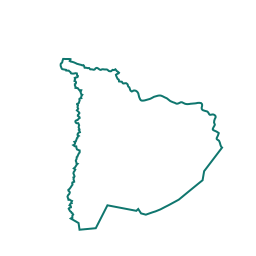 Dom Inocêncio, Piauí, Brazil, rotated 249°
{"feature_id": "56859067B88808375837925", "entity_name": "Dom Inocêncio", "entity_type": "district", "adm_level": 2, "iso_a3": "BRA", "parent_name": "Brazil", "parent_adm1": "Piauí", "projection": "robinson", "projection_center": [-41.762, -8.923], "detail": "fine", "context": "isolated", "style": "outline", "palette": "teal", "viewbox_px": 256, "rotation_deg": 249, "n_neighbors": 0, "source": "geoboundaries", "source_scale": "gbopen_adm2", "svg_char_len": 4374}
<svg xmlns="http://www.w3.org/2000/svg" viewBox="0 0 256 256"><g transform="rotate(249 128 128)"><path d="M64.0,42.1L57.0,47.8L50.4,46.3L46.0,62.0L53.1,69.9L63.2,81.1L47.7,106.1L48.7,108.5L43.6,109.6L40.7,113.6L40.5,120.6L40.3,123.8L40.4,129.1L41.0,134.3L41.4,138.3L42.9,149.7L47.2,162.6L51.3,175.1L52.5,178.9L60.4,183.6L64.3,189.9L76.0,208.8L76.8,208.4L78.3,208.2L79.6,208.3L81.5,208.5L83.5,208.4L85.7,206.9L86.7,207.1L87.2,207.6L88.8,209.3L90.7,210.9L91.4,210.5L93.0,209.3L95.2,207.1L95.8,206.7L96.6,206.7L97.8,207.8L99.5,209.9L100.1,210.3L101.6,210.3L102.3,210.3L104.0,211.2L105.7,212.6L106.1,213.2L106.7,213.7L107.3,213.9L108.1,213.9L109.0,213.5L109.9,212.7L110.3,212.0L110.7,210.1L110.9,209.3L111.6,208.8L114.0,208.4L115.1,207.8L116.4,206.0L117.7,204.4L118.2,204.0L119.4,203.7L120.5,204.0L121.5,204.7L122.1,205.1L123.0,205.5L124.0,205.6L125.1,205.1L125.9,203.7L126.5,201.9L126.7,200.4L127.1,198.9L128.2,195.1L128.5,193.6L128.9,192.3L129.4,191.1L130.3,189.8L132.7,187.6L133.1,186.5L132.9,183.8L133.1,182.4L133.7,181.6L135.0,180.4L135.6,179.6L137.3,177.8L138.2,177.0L141.3,175.2L141.9,174.8L143.4,173.3L145.2,171.7L146.4,170.4L146.9,169.5L147.4,167.8L147.8,163.5L147.4,160.4L147.3,158.7L147.4,157.8L147.8,153.4L148.2,151.7L148.7,150.6L149.4,149.9L150.6,149.6L152.9,149.5L156.7,150.0L157.7,149.8L158.5,149.6L159.3,149.1L160.0,148.6L160.7,147.5L161.0,146.4L160.7,145.5L160.8,144.5L161.9,143.8L162.6,143.7L165.4,143.8L166.7,143.1L167.7,143.1L168.7,143.3L169.5,143.0L170.5,142.3L170.9,141.1L171.1,139.9L171.6,139.2L173.4,138.8L174.7,136.3L176.5,136.7L177.6,135.9L180.2,135.7L181.1,135.7L182.0,135.8L182.2,136.5L182.4,137.5L182.4,138.8L182.8,139.4L184.0,138.8L185.3,137.9L187.3,137.3L187.2,136.5L187.1,135.6L187.8,134.5L187.1,132.6L187.3,131.7L188.0,130.6L189.1,130.0L189.7,129.7L190.2,129.2L191.0,127.2L191.9,125.5L192.1,124.6L192.0,123.7L192.2,123.0L193.1,122.2L194.5,121.3L195.3,120.5L195.4,119.7L195.2,118.9L194.6,117.9L194.6,117.0L195.8,115.1L196.3,113.8L197.9,113.2L198.4,111.7L199.1,110.8L199.8,109.1L201.6,109.2L202.2,109.1L202.8,108.7L202.8,107.8L203.8,106.8L204.3,106.0L204.8,105.3L205.5,104.4L206.1,103.5L207.6,102.1L208.6,101.1L209.4,100.1L210.7,98.2L211.5,97.6L212.4,98.8L212.9,99.0L213.5,97.8L215.7,92.2L214.0,90.8L213.1,90.3L212.5,89.5L212.2,88.4L211.6,88.0L211.0,87.7L210.1,87.4L207.6,87.4L206.9,87.5L206.4,87.9L205.1,90.0L204.5,91.0L203.8,90.9L202.8,93.2L201.9,93.6L201.4,93.9L200.9,94.3L199.5,94.4L199.0,95.1L198.7,95.7L198.3,96.7L198.1,97.8L198.0,98.6L197.3,99.8L196.7,99.7L195.5,99.4L194.5,99.9L193.8,99.4L193.6,98.5L193.9,97.1L193.8,96.2L192.7,96.2L192.0,95.5L191.0,94.9L190.5,95.6L189.4,95.9L188.6,95.5L188.1,94.9L188.0,94.1L186.5,93.6L185.4,93.9L184.3,93.3L183.7,94.4L183.3,95.3L182.4,95.6L181.7,95.8L180.7,96.2L180.0,96.4L180.3,97.3L180.0,97.9L179.3,97.3L178.6,96.6L177.6,96.5L176.9,96.7L175.8,96.4L175.3,97.1L174.9,96.5L174.0,95.6L173.4,95.1L172.6,95.1L172.8,94.1L172.7,93.2L171.8,92.7L171.0,92.7L170.1,91.9L169.0,91.1L168.8,90.2L168.8,89.2L168.2,88.9L167.2,89.5L166.5,89.0L165.5,88.3L164.6,88.4L163.8,88.4L162.8,86.6L160.7,87.7L159.4,88.0L158.8,87.1L158.2,86.6L158.1,85.9L157.3,85.5L156.3,86.1L155.5,86.6L154.7,86.5L154.3,85.2L153.5,83.7L153.7,82.9L153.6,82.1L153.2,81.3L152.2,81.1L151.5,81.3L150.9,81.8L150.3,83.3L148.1,83.4L147.6,82.9L146.2,82.1L144.8,82.2L144.1,82.2L143.8,81.4L143.0,81.7L141.3,81.6L141.4,80.4L140.7,79.1L139.7,78.4L138.3,79.2L138.2,78.3L137.0,77.4L136.9,76.7L135.7,75.8L135.1,75.2L134.2,74.5L134.3,73.0L133.1,73.3L132.4,72.9L131.7,71.9L131.6,70.8L130.0,71.8L129.4,73.1L127.7,72.7L126.3,72.7L125.6,73.5L125.0,73.9L124.4,74.8L123.1,74.4L122.4,74.0L121.9,72.9L121.2,72.3L120.1,71.0L119.4,70.6L119.2,69.7L118.2,69.2L117.5,68.9L116.7,68.0L116.1,67.5L114.4,67.5L113.2,67.2L112.6,68.0L112.2,67.1L111.0,65.5L110.2,64.3L109.7,62.9L108.1,63.9L107.0,62.6L106.3,61.5L105.3,60.8L102.1,60.8L101.4,60.1L101.4,59.3L100.3,59.2L99.4,58.7L97.9,58.7L97.1,58.5L97.1,57.3L97.1,56.6L96.5,56.1L95.5,56.1L94.9,55.8L94.5,55.0L93.9,54.3L93.2,53.3L92.1,51.6L91.7,50.2L90.9,49.9L89.5,50.6L88.5,50.5L87.4,49.4L86.7,47.9L85.6,46.9L83.2,46.8L82.3,46.7L82.1,47.8L81.2,48.3L79.9,49.6L78.8,48.4L78.0,48.5L78.0,47.2L76.8,45.7L76.3,46.2L75.4,46.6L74.4,46.3L74.4,44.6L73.9,43.7L72.8,43.9L71.7,44.0L70.8,44.3L70.1,44.9L69.0,44.9L68.3,45.6L67.7,45.6L66.8,45.8L66.3,44.8L65.3,44.3L64.1,43.9L64.2,42.9L64.0,42.1Z" fill="none" stroke="#0f766e" stroke-width="2"/></g></svg>